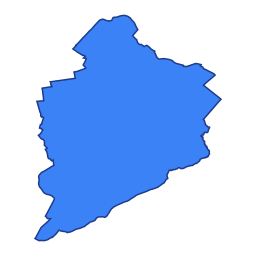 outline of Bogdanesti, Suceava, Romania
{"feature_id": "2599482B43476485710108", "entity_name": "Bogdanesti", "entity_type": "district", "adm_level": 2, "iso_a3": "ROU", "parent_name": "Romania", "parent_adm1": "Suceava", "projection": "equal_earth", "projection_center": [26.284, 47.362], "detail": "fine", "context": "isolated", "style": "filled", "palette": "blue", "viewbox_px": 256, "rotation_deg": 0, "n_neighbors": 0, "source": "geoboundaries", "source_scale": "gbopen_adm2", "svg_char_len": 5675}
<svg xmlns="http://www.w3.org/2000/svg" viewBox="0 0 256 256"><path d="M215.1,75.1L213.8,73.7L203.5,68.5L203.0,67.7L202.7,67.1L201.1,66.1L200.3,65.7L201.1,64.6L197.8,63.8L195.6,63.5L187.1,66.4L185.2,66.5L184.0,66.4L183.3,66.1L183.6,65.5L183.4,65.3L175.8,63.3L173.9,62.2L172.3,60.6L169.8,59.6L165.4,58.8L163.0,58.6L159.6,59.1L159.1,59.0L157.8,58.4L157.2,57.7L156.2,55.9L156.0,55.2L155.0,53.1L154.4,52.3L154.8,51.2L153.9,50.7L153.0,50.4L152.5,49.9L151.3,49.2L150.5,48.4L149.7,47.5L147.6,45.8L146.8,45.4L146.0,45.5L145.2,45.9L144.4,46.5L143.9,46.5L143.4,46.2L143.1,45.7L141.9,44.9L141.3,44.4L140.9,44.5L139.8,44.4L138.9,44.1L138.4,43.5L137.5,42.3L136.9,40.6L136.9,40.1L136.6,39.6L135.9,39.1L133.6,36.8L132.7,35.6L137.8,29.7L136.2,26.8L134.3,22.7L131.0,19.1L130.4,18.1L127.8,16.3L124.7,15.4L122.9,15.5L120.3,15.9L116.5,17.2L115.0,17.2L113.2,17.5L112.4,18.8L112.2,19.3L112.1,19.7L111.7,20.3L111.1,20.6L110.4,20.8L109.6,20.9L108.0,20.8L106.6,20.6L103.5,19.3L102.5,19.2L100.7,19.7L99.8,20.1L99.2,20.6L93.6,26.6L93.5,26.9L91.0,29.7L90.3,30.2L89.2,31.2L87.9,32.7L85.9,34.8L84.8,36.0L83.1,37.6L82.0,38.9L81.4,39.5L80.8,40.2L76.4,45.0L76.2,44.8L75.7,45.4L76.0,45.8L72.9,48.9L73.9,49.7L75.8,50.9L77.2,52.0L79.7,53.5L82.8,55.5L83.3,55.2L83.7,55.2L84.2,55.5L84.6,56.0L85.2,56.3L83.5,58.0L86.2,58.5L86.3,58.7L84.5,62.6L83.3,64.6L83.2,65.0L83.5,65.5L85.8,67.7L85.8,68.1L85.7,68.3L78.7,70.8L77.8,71.2L75.8,71.7L74.0,72.0L75.2,77.8L75.3,78.3L50.3,81.8L50.4,82.0L50.6,82.6L50.9,83.5L50.9,83.9L50.8,84.7L50.9,84.9L51.8,86.1L52.0,86.6L42.1,88.2L42.3,89.6L42.7,90.9L42.8,92.6L42.9,93.8L43.2,95.7L43.7,100.8L36.9,101.3L40.0,112.0L40.2,112.6L40.7,113.4L40.8,113.8L40.7,115.4L40.8,116.0L41.4,117.0L41.9,116.5L42.1,116.8L43.6,117.6L43.0,119.3L42.7,120.6L42.1,122.0L41.9,122.8L41.8,123.5L41.8,123.9L41.7,124.1L41.3,124.2L40.7,124.4L40.3,124.9L39.5,128.1L40.6,128.5L41.4,128.7L41.6,129.1L42.8,129.9L42.3,130.7L41.8,131.7L40.4,133.8L38.4,135.3L39.9,137.2L41.4,138.9L43.4,139.7L43.9,140.2L44.4,141.4L44.5,143.0L44.3,145.1L47.2,148.2L45.3,149.4L46.6,151.4L46.8,151.8L47.2,153.3L47.5,154.6L47.6,155.8L48.1,157.9L48.5,158.5L49.1,158.8L50.0,158.9L50.1,159.1L50.7,159.3L50.8,160.0L51.4,160.1L51.5,160.2L51.6,160.6L52.0,161.0L52.7,160.8L53.2,160.2L53.8,165.5L52.5,166.0L51.6,166.5L50.2,167.5L44.2,171.1L43.5,171.5L42.7,171.8L41.8,172.3L41.2,172.8L39.2,175.1L38.9,175.7L38.6,177.1L38.9,178.5L39.2,179.5L39.0,180.2L39.1,180.6L39.0,181.1L38.6,182.9L38.7,184.5L39.1,185.4L39.3,186.3L39.5,186.8L41.6,189.3L43.7,192.5L44.1,192.9L46.5,194.2L47.4,194.5L47.8,194.5L49.4,194.8L52.4,196.2L53.0,197.0L53.6,197.4L54.1,197.8L54.3,198.3L54.3,198.8L54.2,199.4L53.2,201.5L47.4,212.6L45.4,216.2L46.3,216.9L46.8,217.6L47.0,218.1L47.4,218.5L48.0,218.6L49.3,218.6L50.4,218.7L48.6,220.8L41.1,227.5L36.3,236.5L35.0,238.6L37.8,240.0L38.7,240.6L40.9,240.5L43.9,240.6L44.6,240.6L46.0,240.2L47.9,239.6L48.9,238.9L51.1,237.7L52.1,237.0L52.5,237.3L53.7,236.1L55.7,234.3L57.2,232.5L59.0,230.1L60.2,230.8L61.6,231.1L61.9,231.0L62.5,231.3L63.7,231.5L64.5,231.5L66.4,232.0L67.1,232.3L67.2,232.6L70.5,231.9L72.6,231.0L75.3,229.6L77.5,228.8L79.2,228.5L80.5,228.1L82.4,227.2L84.3,226.6L87.3,224.2L87.9,223.9L88.6,223.4L89.8,222.3L90.6,221.9L92.4,221.5L94.7,220.5L95.5,219.7L95.7,219.2L96.2,218.5L97.5,217.3L98.0,217.1L98.9,216.9L102.4,216.8L103.9,217.0L104.7,217.3L105.0,217.3L106.4,216.4L107.4,215.4L108.0,214.0L108.4,213.6L109.1,212.6L109.6,211.8L110.3,210.5L111.5,208.9L112.7,207.8L114.2,206.7L117.4,205.0L122.1,203.0L123.9,202.1L127.0,201.2L128.8,200.4L130.5,199.1L133.7,197.1L134.3,196.7L135.3,196.1L136.1,195.4L137.9,194.5L145.4,191.8L146.8,191.3L149.8,189.8L151.2,189.4L151.9,189.3L153.8,188.7L157.3,187.4L158.2,187.0L158.7,186.6L159.2,186.1L161.8,184.4L162.9,183.4L164.2,182.8L166.0,179.7L166.6,179.1L167.3,178.9L167.8,178.4L166.9,175.6L167.6,173.6L168.3,172.3L169.1,170.4L170.0,170.3L170.5,170.1L170.8,170.1L171.0,170.5L171.9,170.4L173.4,169.5L174.0,169.6L174.9,169.6L176.2,169.0L176.9,168.9L177.4,168.6L178.3,167.8L178.7,167.6L179.5,167.8L180.1,168.0L180.9,168.6L181.8,168.5L182.4,168.6L183.8,168.2L186.6,166.7L188.7,166.2L189.5,165.6L189.8,165.5L190.3,165.8L190.7,165.8L191.1,165.5L192.3,165.5L193.6,164.7L194.0,164.3L194.4,164.2L195.1,163.7L196.0,163.3L196.6,163.4L197.2,163.0L198.4,161.9L199.1,161.4L199.6,160.9L199.9,160.4L200.0,159.5L200.2,159.2L200.6,159.0L201.4,158.8L202.3,158.2L202.7,158.1L203.4,158.1L204.3,158.0L204.9,157.5L205.8,157.7L206.3,157.5L206.5,157.4L206.4,157.1L206.5,156.9L207.3,156.9L207.6,156.8L207.7,156.4L208.2,156.3L208.4,155.9L208.5,155.4L209.5,153.9L209.2,152.3L209.2,151.6L209.4,151.2L209.3,150.8L209.0,150.4L208.1,149.5L207.4,149.0L207.2,147.8L206.7,147.7L206.5,147.3L206.8,146.8L206.8,146.5L206.7,146.3L206.2,146.3L205.8,146.2L205.6,145.9L205.6,145.2L205.4,144.9L204.6,144.5L204.7,144.1L204.5,143.9L204.4,143.6L204.8,143.0L204.2,142.3L204.3,141.9L204.6,141.6L204.5,141.2L203.3,140.3L203.1,139.6L202.7,139.1L202.9,138.8L202.8,138.6L202.7,138.6L202.9,138.0L202.7,137.8L202.7,137.5L202.9,137.2L202.4,136.8L202.0,137.0L201.6,136.5L201.3,136.3L201.0,136.2L200.9,136.0L201.0,135.6L201.6,135.2L201.7,135.4L202.0,135.0L202.4,135.1L202.7,135.0L202.7,134.5L202.5,134.4L203.0,134.8L203.4,134.9L203.6,134.6L203.7,134.4L203.6,134.1L203.4,133.9L203.4,133.7L204.0,133.5L204.4,132.4L204.8,132.3L206.8,132.6L207.3,132.4L207.8,132.0L208.0,131.7L208.6,129.4L209.4,128.0L209.6,127.3L209.0,127.1L207.8,126.8L207.2,126.5L207.1,126.3L207.2,126.2L206.9,125.9L206.2,125.3L205.5,124.4L205.0,122.7L204.8,122.4L204.6,121.8L204.5,120.7L204.4,120.4L203.8,120.0L203.5,119.6L203.3,119.5L203.6,119.2L218.2,102.3L221.0,99.3L220.2,98.5L210.3,90.7L203.5,85.2L206.1,82.8L215.1,75.1Z" fill="#3b82f6" stroke="#1e3a8a" stroke-width="1.5"/></svg>